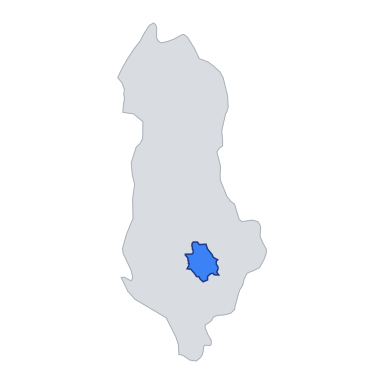 Skrapar, Berat, Albania shown in context
{"feature_id": "67620474B62055143354216", "entity_name": "Skrapar", "entity_type": "district", "adm_level": 2, "iso_a3": "ALB", "parent_name": "Albania", "parent_adm1": "Berat", "projection": "mercator", "projection_center": [20.254, 40.545], "detail": "fine", "context": "in_parent", "style": "filled", "palette": "blue", "viewbox_px": 384, "rotation_deg": 0, "n_neighbors": 0, "source": "geoboundaries", "source_scale": "gbopen_adm2", "svg_char_len": 2049}
<svg xmlns="http://www.w3.org/2000/svg" viewBox="0 0 384 384"><path d="M122.9,112.4L123.2,106.8L124.5,97.7L123.7,94.7L124.5,89.6L121.9,82.7L117.7,77.7L121.8,68.9L127.8,58.3L133.3,49.9L140.1,41.0L144.6,32.6L149.4,25.3L153.6,23.0L155.6,24.6L156.7,27.8L156.5,37.2L157.9,40.5L160.8,42.9L166.8,41.7L173.6,39.3L182.6,34.4L184.2,34.7L187.6,37.3L194.5,48.6L199.2,58.6L208.3,62.1L213.4,66.0L220.0,71.9L223.2,77.9L227.6,96.0L228.2,106.9L226.9,111.9L225.7,113.2L221.7,131.0L222.6,140.0L222.6,145.9L219.2,148.3L216.9,152.0L220.6,166.7L220.1,173.0L220.3,180.2L227.0,196.5L231.0,201.6L234.5,204.0L239.0,219.0L241.7,221.6L252.7,220.1L258.1,221.8L260.2,225.4L260.7,227.8L260.0,236.2L262.7,242.6L266.3,249.2L266.3,253.3L263.9,259.9L259.5,267.6L253.7,270.6L247.2,273.1L244.2,279.1L242.6,285.4L239.7,290.1L238.0,295.3L235.2,305.8L234.6,309.6L230.3,313.5L223.5,315.0L217.5,315.4L213.4,317.1L211.4,320.7L207.5,323.6L205.2,324.9L205.2,328.1L208.0,334.8L211.2,340.2L211.2,344.5L209.7,345.7L204.8,345.1L203.7,346.7L203.2,351.6L201.9,355.7L199.8,358.2L196.3,361.0L189.9,360.1L183.8,355.9L180.7,354.6L178.9,354.8L178.4,344.7L175.8,336.8L166.2,317.8L135.0,299.3L127.6,291.0L124.4,284.0L121.2,277.4L124.3,277.2L127.3,278.8L131.2,280.9L132.8,277.5L131.1,270.3L123.1,253.3L122.5,248.7L126.4,234.4L133.0,218.4L132.6,199.0L134.6,184.3L132.3,174.7L131.2,163.0L136.1,147.3L140.2,143.4L142.7,138.5L142.9,121.7L133.6,113.9L122.9,112.4Z" fill="#d9dde1" stroke="#a8b0b8" stroke-width="1"/><path d="M187.1,268.8L190.9,269.3L194.3,273.2L196.6,276.6L199.1,276.8L200.1,279.0L203.1,281.8L207.6,279.9L207.5,277.8L207.8,276.0L211.1,273.5L213.1,273.4L214.2,274.8L218.7,275.0L216.7,272.0L218.0,269.1L217.9,266.7L216.2,264.1L216.3,261.1L217.7,259.8L213.3,257.4L212.1,254.6L207.4,248.8L206.0,244.2L199.3,244.6L198.2,243.1L197.4,242.0L193.3,242.0L192.1,243.5L191.9,245.8L192.4,247.4L192.5,249.4L193.1,249.7L193.2,253.0L191.8,254.1L185.3,254.2L185.3,255.0L188.0,258.2L188.0,260.4L188.5,260.7L188.4,263.5L189.1,263.5L189.0,265.2L187.1,268.8Z" fill="#3b82f6" stroke="#1e3a8a" stroke-width="1.5"/></svg>